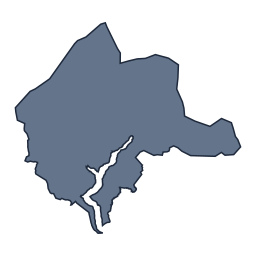 Luster nor, Sogn og Fjordane, Norway
{"feature_id": "86288312B33434910544397", "entity_name": "Luster nor", "entity_type": "district", "adm_level": 2, "iso_a3": "NOR", "parent_name": "Norway", "parent_adm1": "Sogn og Fjordane", "projection": "albers", "projection_center": [7.392, 61.52], "detail": "fine", "context": "isolated", "style": "filled", "palette": "slate", "viewbox_px": 256, "rotation_deg": 0, "n_neighbors": 0, "source": "geoboundaries", "source_scale": "gbopen_adm2", "svg_char_len": 5809}
<svg xmlns="http://www.w3.org/2000/svg" viewBox="0 0 256 256"><path d="M102.8,233.0L99.5,231.7L96.7,229.0L96.5,228.6L96.4,227.1L95.9,225.2L95.4,224.4L95.1,222.9L95.3,221.7L95.1,220.3L94.5,218.4L94.6,215.6L94.3,213.1L94.4,211.8L94.0,210.3L93.2,208.6L93.0,207.2L92.2,206.3L90.3,205.9L88.3,205.1L86.9,203.8L85.7,203.1L85.3,202.8L84.2,201.0L83.4,200.2L83.4,199.2L83.1,198.2L82.8,198.0L82.3,198.1L81.6,197.2L81.2,197.3L81.0,197.0L81.1,196.9L81.1,196.7L80.5,196.5L80.6,196.2L81.1,195.4L81.5,195.3L82.1,195.5L83.2,195.0L84.0,194.0L85.7,192.7L86.4,192.0L86.7,191.2L87.2,190.9L87.8,190.1L89.0,189.4L89.7,188.5L90.6,188.0L91.7,188.0L92.6,187.1L93.0,186.3L93.3,186.1L94.0,184.8L94.9,183.8L95.4,182.8L95.6,182.7L95.4,182.3L95.7,181.2L95.6,180.9L95.6,179.8L95.1,178.6L95.1,177.8L95.2,177.7L95.0,177.3L95.0,176.9L94.9,175.2L94.6,174.8L93.5,174.3L93.0,173.6L92.1,173.2L90.6,171.5L90.3,171.5L90.4,171.4L88.7,170.6L86.7,168.4L86.4,167.7L86.5,167.4L86.3,167.4L86.2,166.5L86.6,166.7L87.3,166.5L87.5,166.8L87.7,166.6L87.7,166.1L88.2,166.1L88.3,166.4L88.3,166.1L89.1,167.0L89.5,167.1L90.4,168.0L91.3,168.2L93.8,168.2L95.1,169.1L95.4,170.0L96.3,170.3L96.9,171.4L97.5,171.2L98.1,171.9L98.9,169.9L98.8,169.5L99.1,168.7L99.1,168.3L100.0,167.1L100.8,166.4L102.0,166.0L103.1,165.3L103.0,165.1L103.4,164.4L104.3,164.0L105.1,164.0L106.0,163.4L108.2,162.9L108.9,162.3L109.3,161.6L109.2,161.2L109.6,160.1L109.6,158.9L110.0,157.7L110.7,156.2L110.9,155.3L110.8,155.2L110.8,154.7L110.8,153.6L111.1,153.3L111.2,152.8L112.0,152.5L112.2,152.0L113.0,151.9L113.3,151.6L113.0,151.4L114.4,151.5L115.3,150.6L115.8,150.7L116.7,150.2L117.1,150.3L118.8,149.0L119.3,148.1L121.9,147.2L122.2,146.5L122.1,146.3L122.8,146.0L123.0,145.5L122.9,145.1L123.4,144.5L125.4,142.8L125.7,142.3L126.5,141.8L126.6,141.4L127.4,141.0L128.4,140.2L128.7,139.7L128.7,139.3L128.8,138.8L129.2,138.3L129.1,138.1L129.4,137.3L130.3,136.8L130.6,136.2L131.1,135.8L132.0,135.8L132.5,136.0L132.7,136.4L132.6,136.6L133.0,136.7L132.9,137.0L133.1,137.3L133.1,137.7L133.1,138.8L132.2,139.3L132.0,139.6L132.2,140.9L131.6,142.0L129.3,143.8L127.8,145.3L127.6,145.5L127.4,146.4L126.9,146.7L126.4,147.9L125.8,148.4L125.5,148.9L124.8,148.9L122.9,149.8L121.0,150.0L120.5,151.0L120.4,151.4L118.2,153.5L117.9,153.9L117.3,155.7L117.4,156.8L116.9,157.4L116.6,158.5L116.5,159.0L116.4,159.8L116.6,160.3L116.5,161.6L116.1,162.7L113.4,165.3L112.0,165.7L111.6,165.6L110.6,166.2L109.2,166.7L108.8,167.3L108.6,168.1L108.1,169.1L107.4,169.5L107.2,169.9L105.8,171.3L105.5,172.2L105.5,172.7L105.2,173.6L104.7,174.7L104.2,174.9L103.4,176.9L103.4,177.5L102.2,179.0L102.3,179.6L102.6,180.4L102.4,180.8L102.6,183.6L102.6,184.3L102.8,184.3L102.9,185.0L102.4,185.7L102.4,186.3L101.8,187.2L101.4,187.6L101.4,187.8L101.1,188.3L99.7,189.5L98.3,191.4L97.2,192.5L94.9,194.0L92.6,194.9L90.2,196.4L90.4,196.5L90.4,197.5L91.5,198.4L92.1,199.4L93.2,200.3L95.6,201.3L96.5,202.0L97.0,202.7L97.6,205.0L98.0,205.2L98.5,204.9L98.9,205.4L99.6,205.5L100.4,206.8L100.6,207.8L100.5,209.7L100.7,211.5L101.0,212.8L101.0,213.6L101.2,214.4L101.1,216.2L102.1,219.1L102.2,220.5L102.1,221.5L102.1,222.2L102.4,223.2L102.4,224.8L102.5,225.6L104.4,224.0L107.0,222.5L109.5,222.2L109.9,221.8L110.0,221.4L109.8,220.6L108.5,217.2L108.5,216.4L108.6,215.9L108.6,215.3L107.7,214.1L107.7,213.0L108.9,211.6L109.8,211.4L110.5,210.7L110.4,210.4L110.9,208.4L110.7,208.1L110.9,207.7L111.2,206.7L111.3,205.7L110.9,205.0L111.8,204.9L112.2,204.2L112.4,203.2L112.0,203.2L111.8,202.9L112.3,202.3L112.3,202.0L112.1,201.7L112.3,200.8L111.9,200.2L112.6,199.3L112.9,199.3L113.2,198.8L113.6,198.6L113.7,198.2L114.1,198.4L114.3,197.9L114.6,197.8L114.7,197.5L115.6,197.5L116.2,197.0L116.3,196.7L117.6,196.4L117.6,195.5L117.7,195.2L118.0,194.8L118.8,194.6L118.8,193.7L119.5,193.0L120.3,192.7L120.5,192.4L120.4,192.2L120.5,191.7L120.1,191.3L120.4,190.6L120.1,190.0L120.3,189.5L120.2,189.2L120.5,189.1L119.8,188.2L119.5,187.4L120.3,187.3L120.7,187.8L122.0,187.6L124.3,188.1L126.0,187.9L126.7,188.2L126.9,187.8L128.1,188.1L128.3,188.6L128.9,188.6L129.1,188.9L130.6,188.9L131.5,190.0L131.3,190.1L131.5,190.7L131.4,191.5L132.3,191.4L132.4,192.0L132.7,192.2L133.2,192.0L133.2,191.8L133.9,192.1L134.6,191.7L134.7,191.3L135.4,191.0L136.3,189.5L136.2,189.0L136.0,188.9L136.1,188.5L135.8,188.5L135.7,187.9L135.1,187.2L134.7,187.3L134.4,187.0L134.3,186.0L134.0,185.7L133.8,184.7L141.7,174.4L140.5,172.2L142.7,170.4L142.2,168.8L142.5,167.3L141.7,166.4L142.4,165.1L142.0,164.9L135.5,157.5L140.1,152.1L143.8,150.5L153.9,155.4L157.2,154.7L162.3,155.2L163.1,152.1L167.1,151.8L168.9,151.1L169.5,149.6L169.6,147.8L173.6,145.9L177.8,147.7L181.9,151.2L190.6,155.6L215.2,156.3L221.4,152.4L224.8,155.1L225.1,155.2L233.7,154.6L240.6,146.9L237.8,139.7L235.4,136.5L233.1,128.0L231.4,122.7L221.5,118.5L210.0,126.4L194.9,121.1L184.6,116.1L183.9,108.1L182.4,101.9L176.7,89.1L177.9,78.0L178.4,64.8L168.6,58.2L155.4,54.6L145.4,58.4L137.2,58.9L128.8,60.9L120.2,63.3L120.3,53.0L117.6,48.8L116.9,47.4L106.9,27.0L105.3,22.8L100.7,24.2L86.0,37.0L77.6,40.6L74.7,43.6L49.7,78.8L35.3,88.9L30.1,91.4L15.4,107.7L15.8,111.8L17.4,120.2L24.7,123.5L24.2,128.6L24.4,130.7L27.1,133.9L28.9,139.1L28.7,139.8L27.7,140.3L27.9,145.1L27.8,146.7L28.5,151.4L29.0,152.8L28.9,155.7L26.5,156.9L25.0,160.8L27.7,162.0L30.3,161.2L34.1,162.0L34.8,161.5L37.5,162.5L37.6,163.1L36.5,164.8L36.5,166.0L35.8,167.7L35.4,168.3L35.4,169.6L35.9,170.6L35.4,172.0L35.8,173.9L46.1,180.3L47.6,183.6L48.2,188.6L50.2,192.7L51.5,193.6L53.0,193.5L53.7,193.8L55.9,198.2L60.3,199.6L61.8,198.4L64.3,199.5L65.7,199.9L67.7,199.8L70.1,200.6L71.5,202.6L70.8,205.0L71.8,204.8L73.0,203.5L73.5,203.2L75.6,201.4L76.8,203.1L89.0,212.5L89.0,213.6L90.0,217.7L91.1,222.9L91.5,223.8L91.9,225.8L92.7,226.8L92.6,227.4L93.5,228.6L93.4,228.8L94.6,230.3L95.5,230.7L97.0,232.1L97.4,232.8L98.1,233.2L102.8,233.0Z" fill="#64748b" stroke="#1e293b" stroke-width="1.5"/></svg>